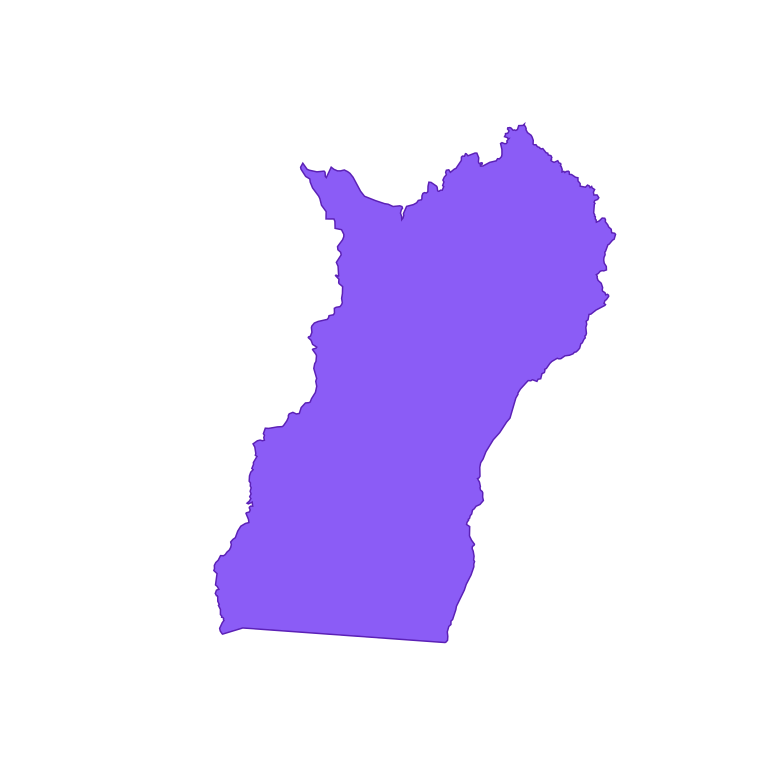 the district of Datem del Marañon, Loreto, Peru, rotated 205°
{"feature_id": "86281439B19525046252167", "entity_name": "Datem del Marañon", "entity_type": "district", "adm_level": 2, "iso_a3": "PER", "parent_name": "Peru", "parent_adm1": "Loreto", "projection": "robinson", "projection_center": [-76.806, -4.129], "detail": "fine", "context": "isolated", "style": "filled", "palette": "violet", "viewbox_px": 768, "rotation_deg": 205, "n_neighbors": 0, "source": "geoboundaries", "source_scale": "gbopen_adm2", "svg_char_len": 6166}
<svg xmlns="http://www.w3.org/2000/svg" viewBox="0 0 768 768"><g transform="rotate(205 384 384)"><path d="M458.2,302.4L462.6,300.0L469.8,295.0L472.9,293.8L472.3,287.9L470.7,287.1L470.3,284.6L468.6,282.5L470.2,281.2L472.6,280.8L474.8,279.0L477.4,274.4L474.4,272.2L470.8,266.8L470.5,265.0L468.5,264.7L469.2,257.6L468.3,256.0L468.1,251.6L466.4,251.0L467.5,247.8L467.1,243.9L465.1,238.9L463.2,237.9L462.1,235.0L460.5,233.8L460.0,230.2L458.0,228.2L458.1,225.1L456.2,223.9L456.6,220.8L457.8,218.1L456.3,218.0L453.5,221.2L451.4,217.8L453.2,217.0L453.9,215.6L453.8,214.8L452.0,213.3L452.0,211.1L454.3,209.1L454.4,208.4L449.6,204.0L447.9,201.3L450.7,199.0L453.7,194.6L454.4,188.9L453.8,181.9L455.3,179.2L456.2,176.0L454.5,174.0L453.9,171.2L454.0,168.3L455.3,165.2L455.8,162.3L456.9,160.5L459.6,159.4L459.8,154.2L461.0,151.1L461.1,147.9L459.6,145.0L459.4,143.0L455.2,141.6L451.8,130.7L449.5,130.0L446.9,128.1L448.7,126.4L448.4,122.9L446.3,121.3L445.6,121.6L444.9,121.1L442.8,116.8L440.2,114.6L440.5,113.4L437.0,110.6L434.8,105.9L433.1,105.2L432.6,104.0L431.3,104.3L430.3,103.8L429.8,102.4L429.1,102.0L429.7,99.4L429.7,93.1L428.0,90.9L425.3,89.3L424.6,89.1L408.9,103.2L227.2,172.5L219.4,175.5L218.7,176.4L218.1,178.6L219.5,182.2L221.9,186.1L222.8,191.7L221.7,194.3L223.1,197.4L222.3,199.5L223.5,209.8L224.4,213.1L224.1,231.2L224.8,237.2L224.4,247.7L225.3,256.3L226.6,258.9L226.9,261.4L228.4,262.4L229.6,266.0L232.5,270.2L234.5,272.0L235.2,274.0L234.2,276.0L234.3,277.0L238.6,279.4L242.3,282.4L246.1,291.0L249.8,291.6L250.3,293.7L249.8,296.4L250.4,297.0L249.7,298.3L250.2,301.1L249.6,303.2L250.5,307.1L249.5,309.0L248.9,312.1L246.1,315.4L244.7,320.4L246.8,323.2L248.5,327.1L249.6,328.1L251.6,328.6L253.2,330.5L253.2,331.6L256.0,335.4L259.3,337.8L258.3,338.8L258.0,340.9L262.0,349.0L263.1,353.5L262.5,357.9L263.0,365.7L261.4,379.7L258.6,388.8L256.8,401.3L255.4,406.3L258.6,427.1L258.2,431.3L258.8,432.4L258.2,437.2L254.8,448.0L252.3,449.0L251.3,450.6L246.5,451.0L246.4,453.4L244.2,455.0L245.2,460.1L243.5,462.2L243.9,464.3L244.6,465.2L243.4,466.7L242.4,472.7L241.4,475.4L237.9,480.5L236.1,480.7L234.4,481.7L231.9,486.0L228.0,488.5L225.4,491.3L224.9,493.2L223.5,494.2L222.6,496.2L221.8,499.1L222.6,503.6L221.7,505.1L221.7,509.0L221.1,510.8L222.2,512.3L221.7,513.5L221.9,515.4L225.0,520.6L225.5,523.8L227.3,526.3L226.2,528.4L227.6,533.7L226.0,534.8L223.1,540.6L217.0,548.6L216.8,549.6L218.7,550.1L219.0,553.1L218.1,554.4L217.4,558.4L218.1,559.4L219.5,559.7L220.7,558.5L222.4,560.2L225.1,560.5L226.0,561.6L226.6,563.8L229.7,567.1L233.8,568.4L235.7,570.3L236.2,571.7L237.8,572.8L236.5,574.7L235.7,577.6L234.2,578.9L232.6,579.4L230.6,581.4L232.2,584.5L235.4,586.5L237.2,589.1L238.1,591.6L238.2,594.5L239.6,596.8L239.3,598.0L239.9,604.8L239.0,606.0L237.7,610.9L236.6,612.5L237.4,617.5L238.7,618.1L241.6,617.3L243.5,620.3L246.8,621.3L248.6,622.9L252.0,624.6L252.7,626.5L254.0,627.5L256.4,626.6L257.9,622.7L259.9,620.4L261.1,622.4L262.2,622.8L263.2,625.0L264.1,625.1L264.5,626.3L266.3,627.7L269.3,635.7L269.1,636.8L270.5,637.6L270.5,639.3L268.4,641.5L268.0,643.6L270.8,645.4L273.6,644.0L275.3,646.4L275.3,649.3L278.2,649.7L279.3,650.8L280.2,649.1L281.8,650.3L283.6,650.3L284.6,647.5L289.8,646.2L291.0,648.6L294.0,650.0L295.4,652.9L297.7,652.3L302.5,653.1L304.6,652.4L305.8,654.5L306.9,654.8L308.7,653.6L309.5,652.1L310.9,652.7L312.3,651.4L313.3,653.9L315.4,656.1L316.3,656.3L316.5,657.8L317.1,658.5L318.8,658.3L320.9,659.8L323.6,656.7L326.7,656.9L327.4,657.4L327.1,658.5L327.7,659.3L327.6,660.2L329.2,661.5L332.0,661.0L333.1,662.4L334.9,662.1L339.6,664.5L340.6,663.6L342.3,663.5L342.9,664.1L345.3,663.9L347.4,665.1L349.1,664.2L350.3,664.5L351.7,667.9L354.0,670.3L355.8,671.6L360.2,672.5L362.7,674.4L363.2,675.7L364.9,677.3L366.3,677.6L366.6,678.9L367.3,677.1L371.1,675.1L370.6,671.1L371.7,669.5L373.1,669.4L374.2,668.5L377.1,669.7L378.3,669.6L380.1,668.4L379.8,667.3L377.8,666.3L377.6,665.5L377.9,663.5L379.7,662.3L379.2,661.2L379.3,659.1L376.3,659.4L375.4,658.8L374.5,659.3L375.4,656.1L374.4,655.2L374.8,653.6L376.1,652.8L379.1,652.6L380.0,651.2L376.2,646.3L374.1,641.9L373.6,639.8L374.5,636.9L376.3,636.2L376.6,633.7L381.8,629.6L386.4,623.5L388.3,622.3L388.9,622.4L389.0,623.4L387.9,624.9L388.3,625.8L389.5,625.6L390.4,624.0L391.3,624.3L392.3,625.2L393.7,629.0L397.4,632.5L399.1,631.8L404.4,626.3L406.7,627.4L407.5,627.2L407.3,624.5L409.2,623.7L409.7,622.3L408.4,619.3L409.9,609.8L411.1,608.5L413.3,603.9L415.8,605.5L417.8,604.1L417.6,601.9L415.9,600.0L416.8,597.1L416.8,593.7L415.1,592.4L414.7,588.6L413.3,588.1L413.1,584.3L414.7,583.5L415.6,581.9L416.3,581.6L417.2,582.0L419.0,584.8L420.0,585.5L426.5,586.6L428.6,585.9L427.7,581.9L425.5,576.8L426.3,575.0L428.3,574.5L429.3,573.1L429.1,570.5L427.9,567.8L428.0,566.7L430.5,564.9L431.0,562.0L433.2,559.0L438.6,554.5L438.4,546.6L437.4,545.2L436.9,542.5L437.4,540.4L439.0,543.5L441.3,545.8L441.9,549.2L441.5,551.2L442.7,552.4L444.9,552.2L450.8,548.7L456.2,548.7L459.6,547.7L469.2,546.6L481.0,545.9L486.7,548.8L499.4,558.3L503.8,560.5L506.7,561.1L510.4,561.2L513.6,558.7L516.3,557.5L520.1,557.4L523.5,558.2L523.5,546.7L524.9,547.3L526.9,551.0L528.3,551.6L534.5,547.9L542.0,546.2L544.4,546.1L550.9,549.8L551.2,545.2L550.0,543.6L542.7,539.0L537.9,538.5L536.2,535.8L531.6,531.5L522.5,526.6L520.4,524.8L516.2,519.6L509.3,515.8L506.3,509.1L499.1,512.4L497.2,510.6L494.1,504.4L487.7,505.9L483.6,502.6L482.7,500.5L482.5,497.2L484.2,488.9L482.5,486.2L479.0,485.1L477.4,483.0L478.6,474.1L475.4,471.3L470.8,462.8L471.1,462.4L473.5,462.4L473.7,461.7L469.1,459.9L468.0,456.9L467.2,456.0L462.7,454.8L459.9,448.4L458.6,443.7L456.1,440.0L456.0,438.0L456.6,435.5L459.8,433.3L461.0,431.6L458.9,427.4L459.1,425.4L462.7,422.7L462.3,420.5L462.7,418.6L470.2,412.8L472.9,409.8L473.9,406.0L473.6,404.4L471.2,400.4L470.9,396.2L472.3,394.8L472.2,394.0L468.6,392.8L465.4,389.7L460.5,389.0L460.8,387.6L463.2,385.6L463.3,385.0L458.2,382.1L457.1,381.0L455.2,375.7L455.4,373.1L454.2,368.4L447.4,360.6L447.0,357.6L444.0,353.5L442.6,347.4L443.5,340.1L443.3,336.5L444.0,335.5L447.2,333.6L449.1,327.7L448.3,321.5L450.8,319.8L454.6,319.8L457.3,316.9L457.4,315.1L456.5,313.2L456.5,309.5L457.5,303.8L458.2,302.4Z" fill="#8b5cf6" stroke="#5b21b6" stroke-width="1.5"/></g></svg>